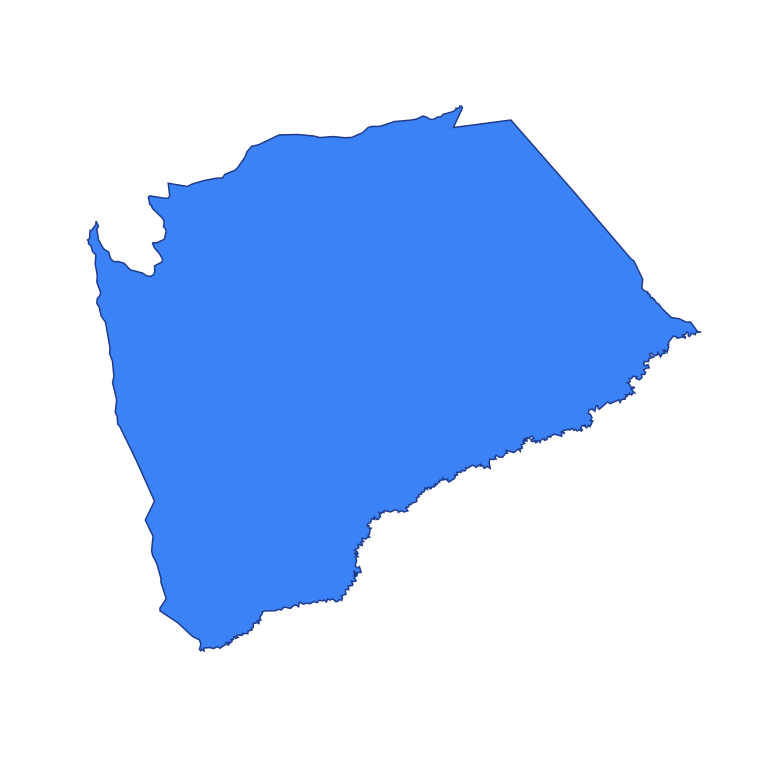 Bosconia, Cesar, Colombia, rotated 276°
{"feature_id": "7082276B36091945670485", "entity_name": "Bosconia", "entity_type": "district", "adm_level": 2, "iso_a3": "COL", "parent_name": "Colombia", "parent_adm1": "Cesar", "projection": "robinson", "projection_center": [-73.906, 9.931], "detail": "fine", "context": "isolated", "style": "filled", "palette": "blue", "viewbox_px": 768, "rotation_deg": 276, "n_neighbors": 0, "source": "geoboundaries", "source_scale": "gbopen_adm2", "svg_char_len": 6130}
<svg xmlns="http://www.w3.org/2000/svg" viewBox="0 0 768 768"><g transform="rotate(276 384 384)"><path d="M515.9,80.6L512.4,80.7L506.3,77.2L505.9,75.6L497.7,75.9L496.3,74.1L494.8,75.4L492.6,75.4L490.8,78.1L485.2,80.3L482.2,84.0L473.3,84.2L462.5,87.4L455.2,87.8L445.4,92.6L442.6,92.3L438.6,89.8L434.1,90.0L430.5,92.8L422.2,95.5L416.2,100.6L391.4,107.7L385.5,108.0L378.2,111.6L363.3,114.6L356.9,113.9L340.3,119.8L327.7,119.7L323.6,122.1L316.4,123.3L314.3,125.6L282.6,145.3L243.6,168.0L223.7,160.8L208.5,170.2L193.9,170.3L189.3,171.8L181.7,176.8L167.3,182.5L163.5,182.9L148.8,189.4L146.9,189.5L137.7,184.6L134.9,185.0L125.1,203.7L112.9,220.0L110.2,227.2L106.2,229.0L100.5,228.3L99.5,229.6L101.0,230.3L99.7,233.0L102.5,232.3L103.6,237.8L103.2,242.5L104.9,244.8L105.1,246.9L104.1,248.5L108.6,253.9L110.6,254.1L109.6,255.9L108.3,255.6L108.4,257.0L111.1,256.6L110.4,258.1L112.4,259.9L113.9,258.8L114.4,261.1L116.8,260.9L116.9,262.1L115.5,263.1L116.7,265.3L117.9,263.8L119.2,264.5L119.1,268.8L120.2,269.9L121.1,269.3L121.5,274.7L123.9,274.6L125.8,278.6L127.1,277.5L128.2,279.4L132.4,279.1L132.8,281.6L133.7,282.0L132.6,284.5L134.2,284.8L135.5,283.0L136.4,286.2L139.2,284.9L142.7,286.9L143.8,286.5L145.8,288.7L147.1,299.5L149.0,303.1L148.5,305.4L151.7,308.0L151.1,314.5L154.0,317.0L155.1,319.4L153.5,322.4L157.3,322.5L158.0,323.4L156.6,326.9L158.1,330.4L157.6,333.3L160.3,336.8L159.6,340.3L162.1,342.1L161.9,345.3L162.9,347.2L161.2,349.5L164.3,350.4L163.4,352.9L164.7,354.3L164.5,356.2L162.4,359.0L163.4,361.3L165.1,362.0L164.3,364.6L167.0,365.1L168.8,363.6L170.9,368.2L174.5,367.1L175.9,367.9L175.8,370.5L179.6,369.6L180.1,373.4L181.5,374.0L184.4,372.3L184.5,375.6L185.3,376.8L188.2,374.9L194.7,373.8L193.8,375.4L189.8,376.1L190.5,377.3L193.5,377.0L194.3,380.9L199.7,378.7L198.3,377.0L199.9,374.4L205.8,375.2L208.7,373.6L209.6,376.2L212.2,372.5L213.0,373.2L211.7,375.3L212.7,375.9L214.4,374.8L215.7,372.1L218.5,376.1L221.7,374.9L221.1,379.2L222.7,378.9L223.9,377.3L225.3,380.3L226.6,378.3L228.2,378.3L227.9,382.1L230.1,383.9L230.1,385.6L232.2,384.1L233.0,385.2L238.1,385.4L239.2,386.3L239.1,384.1L241.4,383.9L240.7,382.3L243.5,382.6L244.7,385.2L249.0,386.0L248.3,388.7L250.6,388.4L248.4,391.2L249.0,392.5L251.8,394.3L255.7,392.7L254.9,394.6L256.5,395.9L256.1,397.4L258.2,397.6L257.4,403.8L260.2,408.5L259.7,411.0L257.9,411.6L259.9,415.1L258.8,417.3L260.4,421.0L263.5,418.5L264.2,421.1L266.6,421.5L266.9,423.4L268.4,424.3L270.5,428.9L274.3,428.3L275.4,430.7L277.5,430.0L278.5,433.0L280.3,432.6L280.8,434.9L283.5,436.0L284.9,435.4L283.8,438.4L285.4,437.9L286.1,440.2L284.8,440.4L284.9,441.9L286.4,442.0L287.1,444.8L289.0,444.6L288.4,446.0L290.0,445.7L289.9,447.3L292.3,448.5L292.2,449.6L294.2,449.5L294.6,452.5L296.7,452.3L295.1,454.1L296.1,457.1L295.1,456.6L293.3,458.8L297.3,463.8L299.0,464.6L300.5,463.6L301.1,466.6L303.8,465.7L304.2,469.8L306.3,470.3L305.8,472.6L306.5,474.2L309.6,474.3L309.1,476.1L312.3,480.1L312.2,482.2L310.7,484.3L314.4,488.1L313.7,489.2L312.5,488.5L312.9,491.0L310.5,492.4L312.9,495.4L311.2,498.4L317.0,496.8L320.7,497.1L320.2,499.9L321.2,503.4L323.2,501.8L324.7,502.9L323.3,506.5L323.6,509.6L328.0,512.3L328.2,514.0L330.8,512.3L329.4,520.2L333.4,524.3L331.5,526.5L333.7,526.2L334.8,528.4L337.9,526.8L339.7,530.2L341.6,528.5L342.0,530.4L343.9,528.8L344.2,530.0L342.5,532.1L345.6,531.6L345.0,534.5L347.1,535.2L347.3,537.1L345.8,538.8L343.9,535.9L342.8,536.3L342.3,538.0L343.5,540.2L341.5,540.8L342.1,542.3L343.6,542.1L344.0,543.0L342.3,545.5L344.1,545.5L345.8,547.3L346.4,549.1L344.8,549.4L345.7,551.7L349.1,552.8L348.5,555.3L350.0,555.6L351.9,558.6L350.7,566.2L354.7,565.5L353.5,569.0L355.5,566.8L356.5,567.2L358.0,572.0L357.6,573.5L359.7,575.8L357.7,577.6L358.9,578.6L357.5,580.9L359.1,583.1L357.8,585.2L359.1,586.1L360.9,584.2L363.5,585.5L363.2,587.1L364.3,588.1L362.8,588.4L361.7,590.1L364.2,591.7L363.1,593.3L369.2,595.5L369.0,593.0L372.3,594.4L375.5,592.3L376.0,590.2L379.4,590.6L380.9,593.6L378.9,596.5L384.7,597.3L384.7,598.7L381.7,599.8L381.6,600.9L389.4,608.2L388.1,611.1L392.8,619.2L390.3,620.7L393.4,621.9L394.2,625.4L396.3,625.6L397.1,627.0L398.7,625.6L398.9,628.9L400.7,629.3L398.9,631.5L401.1,632.4L401.3,634.3L404.8,630.3L406.0,633.1L406.9,633.2L406.8,629.6L409.7,627.9L410.7,625.8L411.9,628.6L415.0,627.4L415.4,629.7L417.8,631.0L417.6,634.8L415.9,634.0L414.8,637.6L417.4,639.9L420.6,639.1L420.7,642.3L422.7,643.0L425.0,640.8L427.1,643.0L427.8,646.0L430.8,644.5L429.6,642.3L430.2,640.2L433.7,640.7L433.9,644.8L437.0,645.0L438.6,648.7L440.3,645.3L441.7,645.1L442.5,647.0L440.0,649.5L441.8,653.0L443.7,653.3L439.9,656.2L443.3,657.6L444.1,660.4L446.8,658.2L447.1,659.7L445.1,662.2L450.9,663.3L452.2,662.0L453.3,663.1L455.0,662.4L462.0,666.8L461.3,670.1L460.1,670.8L462.0,676.0L461.2,678.8L462.1,679.0L463.9,675.9L464.9,678.5L467.4,679.8L466.8,681.1L463.7,681.7L463.2,682.9L466.6,684.8L465.6,688.3L468.1,689.1L468.7,693.9L468.9,690.4L477.6,682.4L477.2,678.0L479.8,670.6L480.1,662.9L488.7,651.9L492.1,649.1L492.7,647.1L496.8,643.5L498.1,641.4L497.5,640.2L500.9,639.0L501.2,636.8L502.8,637.0L504.3,632.3L506.6,630.4L515.2,630.3L532.7,619.6L534.1,616.7L594.8,552.9L659.8,482.6L646.3,426.2L666.8,433.2L668.5,431.9L668.4,430.5L666.0,429.6L665.8,426.8L664.8,427.1L662.1,424.2L658.4,414.7L655.5,412.4L655.2,409.7L652.1,405.1L652.3,400.8L653.5,399.7L654.6,394.7L650.9,388.7L649.4,383.8L646.1,367.0L639.8,353.1L638.8,344.6L637.1,341.1L631.8,336.5L625.9,326.3L624.8,319.2L624.8,307.7L622.4,294.6L623.3,288.1L623.1,272.0L620.8,253.8L608.7,234.0L606.6,227.6L600.6,223.4L596.1,222.5L583.9,215.9L581.2,213.7L575.9,203.9L571.9,201.7L571.1,195.6L567.4,183.4L562.6,171.9L559.9,167.8L561.1,148.4L548.9,151.2L546.4,150.1L545.8,147.0L546.6,131.3L545.1,130.1L538.0,132.4L537.1,134.1L534.4,135.3L525.2,147.0L521.4,148.6L517.3,148.2L515.6,150.4L513.1,151.4L505.0,150.4L500.8,143.5L500.4,139.6L499.6,139.1L495.5,141.4L489.6,147.5L484.7,150.8L481.9,150.2L477.6,143.5L471.3,144.3L468.9,143.6L466.6,140.7L466.7,136.9L469.1,132.2L471.1,119.5L476.9,113.0L478.1,106.6L477.3,103.5L478.4,101.0L480.5,98.7L486.4,96.5L489.2,90.9L497.4,85.1L508.1,82.2L510.8,83.6L515.9,80.6Z" fill="#3b82f6" stroke="#1e3a8a" stroke-width="1.5"/></g></svg>